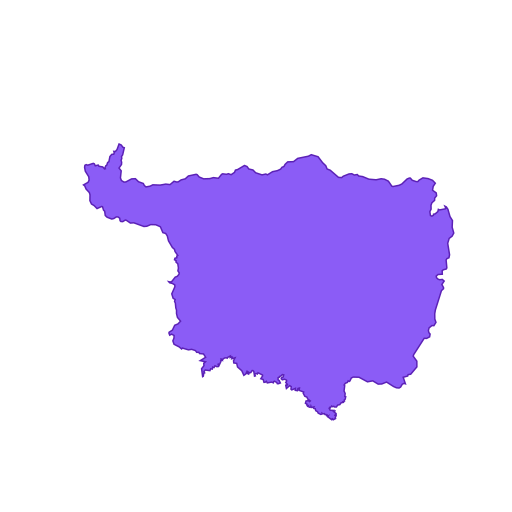 the district of Magüí (Payán), Nariño, Colombia, rotated 200°
{"feature_id": "7082276B14140540221362", "entity_name": "Magüí (Payán)", "entity_type": "district", "adm_level": 2, "iso_a3": "COL", "parent_name": "Colombia", "parent_adm1": "Nariño", "projection": "mercator", "projection_center": [-78.054, 1.908], "detail": "fine", "context": "isolated", "style": "filled", "palette": "violet", "viewbox_px": 512, "rotation_deg": 200, "n_neighbors": 0, "source": "geoboundaries", "source_scale": "gbopen_adm2", "svg_char_len": 6107}
<svg xmlns="http://www.w3.org/2000/svg" viewBox="0 0 512 512"><g transform="rotate(200 256 256)"><path d="M442.4,263.8L440.9,263.3L438.6,260.8L434.3,258.6L432.9,256.7L431.0,251.2L428.4,248.6L425.3,248.0L421.6,246.2L417.9,249.8L417.1,249.8L415.0,247.0L413.5,246.3L411.5,242.5L409.2,241.5L404.2,241.4L402.4,242.6L400.6,245.0L399.1,245.5L397.0,244.9L395.8,242.7L394.8,242.2L393.0,242.7L391.1,245.1L390.0,245.2L385.3,244.0L382.2,245.4L371.4,245.4L368.8,246.6L365.7,249.5L360.9,251.1L355.9,250.8L351.5,246.1L348.6,246.3L346.3,244.6L343.4,240.3L337.5,235.4L334.9,234.4L333.6,232.5L329.7,229.8L330.4,228.8L329.8,227.3L331.4,226.2L331.3,224.6L329.3,224.2L329.2,223.0L326.8,221.9L324.8,218.2L324.3,215.3L322.3,213.8L322.2,212.3L323.0,210.0L324.7,208.5L326.4,203.3L327.7,202.2L329.2,202.0L328.0,201.3L325.3,201.6L322.5,201.1L321.7,199.4L322.2,191.6L319.4,187.9L317.1,187.5L317.0,185.5L315.7,184.2L313.6,179.8L312.2,178.0L311.0,174.7L308.8,171.4L304.6,169.0L306.1,165.5L308.7,163.1L309.2,157.8L311.6,154.6L311.4,153.7L310.0,152.1L308.6,153.7L305.8,153.3L305.0,150.8L305.1,147.8L302.8,145.0L297.0,144.3L294.1,143.2L293.7,144.3L287.4,144.7L284.5,146.3L280.5,146.4L278.8,145.2L276.8,146.0L275.7,145.0L271.8,146.0L268.7,143.6L272.6,138.6L267.3,139.3L268.4,137.3L267.4,135.1L268.6,131.5L264.9,124.4L264.4,125.0L265.0,128.0L264.3,128.6L265.4,129.6L264.7,131.5L260.1,132.5L260.0,134.5L258.4,134.8L258.7,136.8L257.3,136.8L257.0,138.8L254.9,138.6L253.5,139.3L253.3,140.0L254.6,141.3L254.2,141.7L253.2,141.4L252.9,144.8L253.4,145.9L252.0,146.3L253.3,147.3L251.8,147.6L250.8,149.3L249.2,150.2L248.1,150.1L247.9,151.1L245.9,153.3L245.5,151.8L244.4,152.9L243.7,152.9L243.6,151.2L240.9,153.2L241.3,149.9L240.3,147.9L237.4,148.5L235.4,145.4L230.1,143.3L226.6,139.7L225.2,141.7L225.0,144.7L223.2,144.3L224.6,142.7L222.5,142.5L222.5,143.7L221.0,144.7L220.5,147.0L219.8,147.3L218.6,146.8L216.3,142.6L215.6,143.1L216.9,144.7L215.7,145.7L214.4,145.5L214.2,147.0L209.2,146.4L208.8,145.6L209.5,142.3L207.0,142.4L205.3,140.0L204.3,140.4L203.4,141.8L202.0,140.6L198.3,142.8L196.3,142.8L196.5,144.0L195.7,144.7L193.2,144.2L192.3,143.3L191.3,143.6L189.7,145.0L191.6,146.9L193.0,147.3L193.6,149.3L192.6,150.1L192.7,150.8L191.4,151.9L190.7,153.6L189.3,153.8L189.1,151.6L190.5,150.1L190.3,149.2L188.9,148.7L187.0,150.0L184.9,149.8L184.4,149.0L184.8,147.3L182.5,146.1L182.7,145.1L183.7,145.1L183.8,144.6L182.1,141.9L180.0,145.7L178.2,145.3L177.6,142.8L176.6,142.4L173.7,145.1L173.2,143.2L171.0,143.6L171.3,145.9L170.0,146.8L169.5,144.5L164.7,144.5L164.7,143.2L162.2,140.9L159.9,140.8L158.3,139.2L155.4,138.4L155.8,137.5L157.3,138.0L159.4,136.9L159.2,134.5L157.3,134.2L157.4,133.5L156.2,132.5L155.5,133.3L155.2,132.4L154.0,132.2L152.9,132.7L153.0,133.6L152.2,132.6L150.1,133.9L150.3,133.0L149.4,132.5L148.1,132.8L147.0,131.1L144.9,130.7L143.8,129.6L140.9,129.3L139.6,130.4L139.9,130.8L139.0,130.6L137.8,131.3L137.0,130.6L135.9,131.0L135.2,130.2L134.6,130.8L133.9,129.7L133.4,130.3L133.5,129.5L129.8,128.3L129.3,128.5L129.6,129.1L128.7,128.2L128.3,129.2L127.3,128.6L125.7,130.4L126.2,130.7L126.2,132.9L127.4,133.2L127.1,134.4L126.4,134.2L126.9,135.4L128.9,136.0L128.9,136.9L129.3,136.5L129.5,137.0L130.2,136.8L130.1,137.5L133.5,136.4L135.2,137.9L134.9,138.9L134.3,138.6L133.6,140.9L132.3,140.6L131.5,141.4L130.5,141.0L128.8,141.6L128.3,143.8L126.4,145.0L125.8,147.2L123.9,148.3L124.5,148.8L123.2,149.9L123.8,151.0L123.2,152.0L123.6,154.5L124.5,154.4L125.2,157.3L127.1,159.3L128.3,164.5L129.1,164.9L128.5,167.0L126.9,168.4L126.7,170.2L125.5,170.0L125.0,170.7L124.7,174.0L123.2,175.5L117.8,177.3L108.2,175.9L103.6,178.6L97.4,177.4L94.0,178.8L90.2,182.2L82.1,180.4L79.0,180.2L76.4,180.9L75.3,182.3L74.7,185.5L73.4,186.9L71.9,187.0L76.2,192.4L72.4,195.1L72.5,196.6L70.2,197.8L66.9,206.8L68.9,212.2L74.0,215.6L74.1,217.2L69.8,236.2L67.5,236.9L65.2,239.4L65.7,242.2L67.3,243.1L68.5,244.9L68.8,247.6L66.9,250.8L65.0,251.4L64.2,255.2L66.4,257.9L68.3,262.9L69.0,266.7L69.9,286.9L68.6,289.4L69.0,290.5L71.6,292.8L70.6,296.8L72.9,297.7L75.3,296.5L77.0,296.5L78.9,297.3L79.8,298.8L78.6,300.9L74.7,302.6L76.0,305.8L75.2,307.2L72.8,308.8L72.6,310.1L76.0,317.3L75.7,318.9L74.1,320.3L74.5,323.3L80.2,333.5L80.5,338.6L78.5,341.7L78.0,345.2L81.5,350.1L83.5,356.5L87.2,359.4L91.6,365.5L93.9,367.2L95.5,367.4L93.9,365.7L94.2,365.1L99.2,362.1L100.6,362.2L100.3,359.9L102.1,356.8L103.5,356.0L103.2,354.9L104.4,353.6L105.9,353.7L107.8,357.1L107.5,359.9L108.9,363.5L108.9,366.2L107.2,369.4L107.9,371.5L106.9,374.4L108.2,376.9L112.6,378.2L113.3,382.0L112.4,385.7L116.0,387.5L120.8,387.6L125.9,386.5L128.7,383.1L129.4,381.2L131.0,380.7L135.1,380.6L137.6,382.0L138.6,381.7L140.4,380.0L143.6,373.5L145.7,371.4L151.1,368.1L152.3,368.1L157.2,371.6L161.5,372.1L164.8,371.4L169.2,368.7L176.2,366.8L182.9,367.1L186.9,366.3L188.7,367.2L191.3,365.7L194.1,366.1L196.7,364.9L201.3,360.8L202.3,359.0L205.4,358.1L215.6,362.0L219.0,362.1L221.3,364.7L225.4,366.5L231.6,370.5L238.7,370.1L240.9,367.7L250.2,362.0L253.0,357.5L258.4,355.3L260.0,352.1L260.4,349.6L261.9,348.3L262.6,346.0L265.1,343.5L269.3,340.9L273.0,336.2L274.8,336.4L278.1,334.3L284.8,334.1L288.3,335.8L292.5,335.3L295.0,337.0L297.8,337.1L302.9,330.9L304.7,329.7L304.8,327.2L307.2,323.9L310.1,323.9L311.6,322.7L315.5,321.8L316.3,320.9L317.9,316.2L322.8,315.1L325.9,312.9L331.6,310.6L336.4,310.8L339.1,312.3L340.2,312.3L346.9,308.1L348.9,304.3L352.4,301.9L354.4,299.1L355.8,298.4L358.6,298.2L361.2,293.7L365.4,292.7L370.4,289.8L377.3,287.6L379.4,285.4L383.0,283.3L385.0,284.0L386.7,285.6L391.8,285.6L395.8,287.4L399.3,285.9L403.6,281.1L405.3,280.3L408.3,280.9L410.1,283.0L411.8,289.9L414.8,291.8L413.7,296.0L414.3,298.1L415.5,299.8L415.5,301.8L416.4,303.5L415.9,305.4L416.8,312.7L418.4,312.7L420.5,314.2L423.0,314.4L423.0,308.5L423.9,306.1L425.4,305.7L424.5,304.5L424.5,303.0L426.3,302.2L427.3,299.5L426.5,294.3L427.4,293.1L427.3,290.3L428.0,289.4L428.1,287.3L427.4,286.5L428.1,286.0L430.5,287.3L434.2,286.6L435.4,287.5L437.9,285.8L439.4,287.3L440.6,287.4L445.2,283.8L446.8,283.8L447.8,282.7L447.4,280.7L445.4,277.3L440.3,273.3L438.8,270.3L439.0,267.8L442.4,263.8Z" fill="#8b5cf6" stroke="#5b21b6" stroke-width="1.5"/></g></svg>